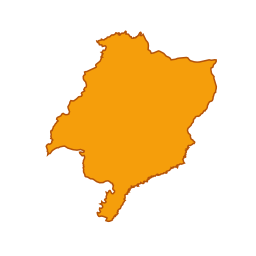 outline of Buta, Orientale, Democratic Republic of the Congo, rotated 288°
{"feature_id": "63176286B70684258400559", "entity_name": "Buta", "entity_type": "district", "adm_level": 2, "iso_a3": "COD", "parent_name": "Democratic Republic of the Congo", "parent_adm1": "Orientale", "projection": "mercator", "projection_center": [25.009, 2.835], "detail": "fine", "context": "isolated", "style": "filled", "palette": "amber", "viewbox_px": 256, "rotation_deg": 288, "n_neighbors": 0, "source": "geoboundaries", "source_scale": "gbopen_adm2", "svg_char_len": 5769}
<svg xmlns="http://www.w3.org/2000/svg" viewBox="0 0 256 256"><g transform="rotate(288 128 128)"><path d="M108.8,187.9L109.9,188.7L110.2,190.1L112.1,192.5L112.7,191.5L114.4,190.5L115.2,189.7L116.1,190.3L117.9,189.9L118.2,190.7L117.8,191.3L118.1,191.7L118.9,191.5L119.2,190.4L119.5,190.3L120.5,191.2L121.7,190.3L122.6,190.9L123.2,190.5L123.9,190.6L124.6,189.7L125.2,190.7L125.8,191.0L126.1,190.1L127.0,191.4L127.5,190.8L127.8,190.8L128.3,191.7L129.0,190.6L129.6,190.7L130.1,191.0L130.6,192.6L132.2,194.1L133.4,194.7L133.7,195.7L134.8,195.9L135.4,195.6L136.1,193.8L136.6,193.4L136.9,191.7L137.3,191.1L139.4,189.8L140.1,189.8L141.0,188.8L141.6,187.2L143.0,186.0L144.0,185.3L146.1,185.1L150.2,187.2L151.7,187.2L153.8,188.2L156.3,187.7L157.0,187.9L157.7,188.5L159.3,188.7L159.9,189.2L160.8,190.7L160.8,191.2L161.5,192.1L162.4,192.7L163.3,192.8L164.6,193.7L164.9,194.2L167.9,195.0L168.2,195.3L168.0,195.8L168.2,196.1L169.4,196.2L170.5,196.9L172.1,197.0L174.3,196.6L175.0,196.9L176.1,196.9L178.1,197.4L179.5,199.2L180.3,199.7L181.8,199.8L184.4,199.3L184.9,199.5L186.5,199.3L188.4,199.6L188.9,200.3L190.8,199.8L192.7,199.7L194.7,199.2L202.1,194.1L203.4,194.0L205.7,190.6L209.0,188.8L210.6,188.4L212.0,189.9L214.2,189.8L215.2,190.0L216.8,191.0L218.5,191.3L220.0,190.8L219.7,189.4L218.2,186.4L217.9,184.1L212.9,175.6L212.0,173.4L211.4,170.7L211.3,166.4L212.1,164.7L213.2,163.2L213.1,161.7L210.5,155.6L209.5,153.6L208.1,151.9L206.1,147.9L207.3,146.7L207.9,144.9L208.1,142.2L210.0,138.9L210.8,134.4L210.7,133.1L207.4,129.3L206.2,127.0L208.1,125.4L208.8,122.9L212.5,122.0L214.3,121.2L215.5,120.3L217.1,117.8L221.7,113.4L220.9,113.1L219.9,112.1L219.8,111.1L222.1,111.4L222.9,110.6L222.9,110.3L222.3,109.8L219.2,109.2L217.6,108.2L217.3,107.6L216.7,107.8L216.1,107.2L215.7,106.5L215.8,105.5L215.0,105.3L214.6,103.8L214.8,103.4L215.8,102.8L215.6,101.8L217.3,99.4L216.8,97.0L217.6,96.9L218.1,96.4L218.8,96.6L219.3,95.9L218.9,95.5L217.8,95.3L216.9,94.5L216.4,94.0L216.5,93.1L215.7,92.3L214.1,91.8L213.7,91.3L213.8,90.3L215.1,90.7L215.7,90.0L215.5,89.7L214.8,89.8L214.6,89.6L214.9,87.9L214.6,87.0L214.0,87.2L212.0,85.5L211.5,83.9L210.8,83.3L209.0,82.4L208.0,80.3L206.5,79.9L205.9,78.9L204.3,77.9L204.0,76.3L204.4,75.4L204.3,75.2L203.4,75.4L202.0,73.1L201.0,72.7L201.0,71.5L200.5,71.8L199.9,72.8L199.7,74.2L198.4,74.9L198.3,75.2L198.9,77.4L197.6,78.4L199.1,80.9L198.9,81.6L198.1,82.3L195.3,82.3L194.5,81.8L194.3,80.4L192.2,80.0L191.7,79.2L190.8,81.3L189.9,80.7L189.5,81.1L187.6,80.5L187.4,81.7L186.5,80.7L185.7,81.1L182.9,80.8L178.5,77.9L177.5,78.0L176.4,79.0L175.9,78.9L168.8,71.2L168.4,70.0L167.8,69.4L165.6,70.7L164.5,69.8L163.2,69.5L160.9,70.4L159.8,71.5L158.7,73.5L156.1,75.2L154.6,75.5L153.9,75.5L153.1,74.5L151.0,74.1L149.9,75.3L147.4,73.1L146.5,73.0L145.3,74.2L143.8,73.9L142.4,71.4L139.8,70.1L137.1,68.1L136.6,66.8L136.4,65.2L134.7,64.8L132.9,65.0L129.6,64.3L128.1,65.2L125.4,67.4L122.9,67.3L121.9,66.0L121.4,64.6L121.4,63.1L121.9,62.2L121.7,61.6L121.2,61.0L118.7,60.3L116.2,57.6L115.3,57.3L114.3,57.4L113.3,59.2L112.8,59.3L111.7,58.4L110.5,58.3L109.7,57.7L107.6,57.3L106.1,56.6L104.4,56.8L103.2,56.5L102.1,56.6L101.7,55.7L100.4,55.7L97.9,57.1L96.3,57.2L95.4,58.0L94.2,57.8L93.8,59.8L93.3,60.2L92.0,59.6L90.6,60.0L89.4,59.5L88.3,58.5L88.4,57.6L87.6,56.7L86.8,56.2L85.3,55.9L82.3,58.2L80.7,58.5L80.2,59.5L77.7,59.9L79.2,60.7L79.7,61.8L83.0,62.9L85.4,64.7L87.2,66.5L87.7,67.9L89.0,69.1L90.7,72.1L91.2,73.5L90.3,77.0L90.4,82.4L91.2,86.4L92.9,89.5L92.8,93.2L92.5,93.5L91.3,93.4L90.8,92.5L90.4,90.0L90.0,89.4L89.0,90.1L87.4,93.0L88.3,94.7L87.1,95.7L85.7,96.0L83.0,95.7L81.9,96.1L80.5,96.0L79.1,97.3L78.2,97.2L77.4,98.1L76.5,97.6L74.6,98.8L73.9,98.8L72.4,99.4L70.6,101.1L68.8,102.2L68.6,102.9L68.9,104.7L68.1,108.0L68.6,109.9L68.5,111.0L67.3,114.8L67.2,118.0L68.4,121.2L70.5,123.1L71.5,125.1L71.6,125.8L71.2,127.4L70.6,128.6L70.5,130.4L69.3,130.8L69.1,131.8L65.4,132.3L64.7,133.0L64.3,134.5L62.9,135.0L60.8,134.0L60.7,133.2L60.8,132.6L63.0,130.3L62.9,129.8L62.5,129.4L60.4,129.1L60.0,128.7L60.1,127.2L58.3,128.5L56.2,128.4L54.2,129.2L53.3,128.1L52.5,128.0L51.1,129.9L50.6,129.9L49.6,129.1L49.4,128.5L49.4,126.9L49.9,125.8L48.2,126.3L47.2,125.0L46.9,126.9L46.3,127.7L45.0,128.4L43.4,127.7L43.1,125.8L41.6,126.1L40.0,127.7L39.1,127.5L38.2,126.7L38.3,125.1L37.9,124.9L36.1,126.0L35.0,127.5L35.1,128.3L36.0,129.8L36.3,131.7L36.1,135.7L35.6,135.9L33.1,135.6L33.1,138.0L33.6,139.2L35.2,141.2L35.9,141.6L37.0,141.3L37.9,142.1L39.6,142.1L39.9,142.4L39.9,143.2L40.6,143.4L40.6,142.7L41.2,142.9L42.2,144.3L42.8,144.3L43.5,144.8L43.9,144.8L44.2,143.9L45.0,143.9L45.5,144.3L46.3,143.7L48.6,144.9L49.0,145.6L52.0,145.7L53.6,146.7L54.5,146.4L57.8,147.3L58.4,147.7L59.2,146.2L60.5,146.9L63.3,145.8L64.2,146.3L64.9,147.8L65.3,148.0L66.1,147.2L66.5,147.3L67.4,148.6L67.7,147.6L68.0,147.5L68.6,148.5L68.9,148.5L69.6,147.5L70.1,147.6L70.3,148.0L70.1,149.0L71.4,148.7L72.2,149.8L72.6,149.8L73.7,149.1L73.9,149.5L73.0,150.2L73.0,150.8L73.6,151.9L74.0,151.5L74.3,151.5L75.8,153.7L76.7,154.2L75.9,154.5L75.6,155.1L76.0,155.9L76.3,155.5L78.0,155.1L78.4,156.3L79.2,157.1L80.1,157.0L79.7,158.8L80.1,159.3L80.1,159.9L80.9,160.2L81.8,159.6L82.2,159.7L82.5,160.3L82.3,160.9L82.8,161.7L82.8,162.8L83.3,162.9L84.2,162.3L85.4,163.5L85.6,162.9L86.3,163.5L86.6,162.7L87.0,162.7L87.7,163.4L87.7,163.9L87.2,164.4L87.3,164.7L88.4,165.6L88.7,164.9L89.4,165.1L89.2,166.3L89.6,167.0L90.1,166.8L90.6,167.9L90.5,168.6L92.6,169.7L92.2,171.0L92.5,171.5L93.1,171.0L93.2,172.8L94.2,173.3L95.6,175.7L96.5,176.0L96.9,178.3L97.4,178.8L97.7,178.8L98.0,177.9L98.5,177.9L100.6,180.6L102.6,181.2L103.0,181.9L103.7,181.4L103.8,182.7L104.1,183.2L104.4,182.9L104.9,183.0L105.6,185.3L106.2,185.5L105.5,187.3L107.2,187.2L107.4,187.0L107.0,186.3L107.6,186.0L108.2,186.5L108.8,187.9Z" fill="#f59e0b" stroke="#b45309" stroke-width="1.5"/></g></svg>